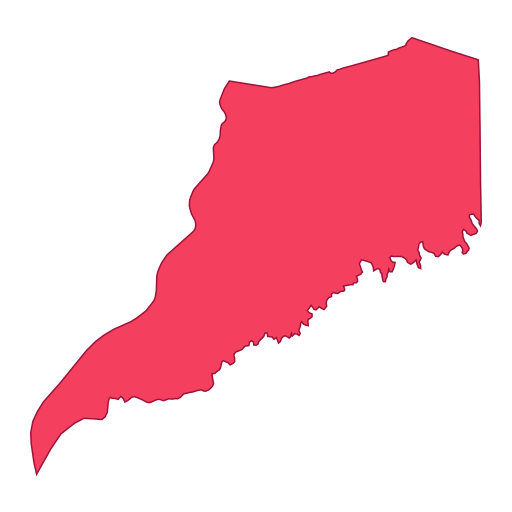 outline of Nova Olinda do Maranhão, Maranhão, Brazil
{"feature_id": "56859067B29640445258953", "entity_name": "Nova Olinda do Maranhão", "entity_type": "district", "adm_level": 2, "iso_a3": "BRA", "parent_name": "Brazil", "parent_adm1": "Maranhão", "projection": "robinson", "projection_center": [-45.942, -2.948], "detail": "fine", "context": "isolated", "style": "filled", "palette": "rose", "viewbox_px": 512, "rotation_deg": 0, "n_neighbors": 0, "source": "geoboundaries", "source_scale": "gbopen_adm2", "svg_char_len": 4571}
<svg xmlns="http://www.w3.org/2000/svg" viewBox="0 0 512 512"><path d="M480.5,225.7L481.3,222.3L480.5,180.2L480.5,177.2L480.3,159.0L480.1,137.2L480.0,122.9L479.9,120.8L479.5,83.0L478.3,59.8L451.8,51.3L411.9,37.7L409.7,39.5L407.9,41.1L406.3,43.5L405.6,45.7L403.5,46.5L398.2,48.3L396.7,49.4L394.5,49.6L391.1,50.8L388.4,52.1L388.3,54.9L386.5,55.9L377.4,58.5L348.3,66.7L345.7,67.4L343.6,67.9L339.5,69.4L337.2,69.9L335.0,72.1L332.9,73.1L330.9,73.3L329.3,71.9L319.8,74.5L317.4,75.5L314.4,76.0L311.6,76.7L309.2,76.8L306.5,78.2L298.1,80.5L295.2,81.3L288.6,83.6L283.8,84.8L279.4,86.3L273.2,87.5L271.0,87.7L262.5,86.3L259.8,85.9L254.2,85.0L229.3,81.0L224.4,88.7L220.1,99.6L219.6,102.5L220.1,105.0L221.7,108.7L224.3,112.0L225.6,114.6L226.4,117.8L225.7,120.2L224.3,122.0L222.4,123.5L221.3,125.3L220.4,130.1L220.1,135.9L219.3,138.7L217.4,142.1L214.4,144.8L213.3,148.0L213.9,157.9L213.7,160.1L213.2,162.2L209.4,170.9L207.9,173.6L194.3,188.9L192.9,191.5L190.4,197.6L189.6,200.8L189.3,205.4L190.0,208.9L191.6,214.1L195.1,220.5L195.7,224.0L195.6,226.5L195.0,228.8L193.4,231.4L166.9,255.0L161.6,262.9L159.3,267.9L157.6,272.3L156.8,276.2L156.3,291.2L155.1,297.9L153.8,300.8L150.4,305.3L145.6,311.2L137.1,317.7L131.2,321.5L113.7,329.3L103.7,335.3L95.7,341.4L86.6,350.4L61.2,381.7L59.4,383.8L43.5,401.8L37.6,411.2L32.9,421.2L30.7,432.6L31.2,443.5L33.9,462.3L36.6,474.3L50.6,449.2L60.9,433.9L74.4,423.3L83.9,418.3L92.9,418.8L102.0,419.5L105.3,416.6L106.3,414.4L107.3,412.2L107.9,406.1L108.1,402.4L109.0,399.1L110.4,397.3L112.1,398.3L114.9,398.4L118.1,399.4L120.8,396.4L123.2,398.5L124.9,402.0L127.3,400.8L129.5,399.2L132.0,397.1L134.5,396.7L137.0,397.5L141.9,399.6L146.0,401.8L148.6,402.6L150.9,402.3L155.5,400.1L157.8,399.4L159.7,399.4L163.5,400.7L166.0,399.8L168.7,398.8L172.3,399.1L175.3,398.6L177.5,398.8L180.3,397.4L183.7,393.9L189.6,392.5L192.6,392.0L197.8,390.4L201.3,389.8L203.6,391.0L205.5,391.2L208.9,389.8L210.5,388.4L212.6,386.0L213.6,383.5L212.9,380.1L212.3,376.6L211.9,373.8L214.8,373.4L217.2,371.3L219.4,369.7L220.5,367.9L221.1,364.8L221.9,361.9L223.4,360.6L226.3,362.1L228.4,362.9L230.1,364.9L233.1,363.3L234.7,361.7L234.6,357.9L233.8,355.5L234.4,353.7L236.0,351.9L238.6,351.0L240.8,350.0L242.3,349.2L245.2,346.0L246.9,345.9L248.9,345.5L249.5,342.2L251.4,340.7L253.4,341.9L253.7,345.0L256.2,345.2L258.0,344.0L258.8,341.5L263.8,336.4L265.0,333.0L267.2,332.8L267.7,336.5L269.9,336.7L272.1,336.9L274.0,339.3L276.5,337.6L277.8,341.2L278.5,343.1L280.4,341.5L281.5,338.3L283.6,336.2L285.5,335.9L287.7,336.9L289.1,338.1L290.6,336.8L291.4,333.6L292.3,336.0L294.7,333.7L296.9,334.0L299.0,335.5L300.2,333.5L298.7,329.9L299.7,328.2L300.4,325.7L300.7,323.4L301.7,321.7L303.7,324.3L305.7,325.1L308.2,325.7L308.0,322.7L307.9,319.7L310.6,318.1L312.2,316.4L312.0,313.9L309.0,312.7L307.3,310.5L309.2,308.1L311.1,305.3L312.7,307.3L314.2,309.4L315.9,309.9L317.6,308.4L319.3,306.7L321.7,308.6L324.1,309.5L326.7,306.2L326.2,303.1L326.7,300.3L328.9,297.5L331.5,296.6L331.4,294.1L333.6,292.5L335.2,293.2L337.8,293.5L339.4,292.3L340.9,291.4L343.9,291.1L344.8,289.3L343.4,286.1L345.9,285.6L348.8,285.0L351.1,284.6L352.8,284.8L353.7,282.8L356.3,282.8L357.6,281.3L357.4,278.8L356.4,276.4L358.0,275.5L360.8,274.1L362.5,272.0L361.3,269.7L360.4,266.5L359.3,263.8L360.6,261.5L361.6,259.8L364.1,260.5L369.3,262.0L371.5,263.1L373.3,267.4L373.6,270.9L377.2,268.6L379.9,269.2L380.4,272.4L381.9,273.9L382.0,276.1L382.6,279.5L383.4,281.6L385.4,281.7L385.9,279.0L387.0,277.0L387.2,274.5L388.3,271.8L388.8,269.0L390.0,271.8L392.1,271.8L393.4,269.0L394.5,265.4L395.1,262.4L392.6,262.2L391.1,260.6L389.7,257.6L391.3,256.0L394.0,256.6L396.8,256.4L399.3,256.5L401.7,256.5L405.4,258.6L406.8,260.3L407.5,262.4L410.8,264.2L413.7,262.3L416.1,259.9L417.0,264.1L418.4,267.6L420.7,268.6L420.5,265.2L419.1,262.0L420.3,260.0L421.1,258.1L419.4,254.7L419.1,252.3L417.7,250.2L418.5,247.4L418.9,244.1L420.6,242.1L422.7,241.8L423.3,246.2L424.4,248.8L428.7,251.7L431.3,252.2L434.1,253.4L435.6,256.3L438.2,256.7L440.5,254.7L442.3,252.2L444.4,254.1L447.9,255.0L448.9,252.7L449.8,251.0L451.5,249.7L454.2,248.3L456.4,246.3L459.4,245.0L460.8,246.2L462.0,247.7L462.8,250.1L462.2,252.5L463.4,254.0L466.0,253.3L467.2,251.5L468.7,250.0L469.1,248.1L467.9,245.8L466.5,243.3L464.9,241.8L464.0,239.7L462.9,236.6L462.9,234.5L462.3,231.9L463.4,229.3L465.8,230.7L467.1,233.4L469.2,234.3L470.7,235.3L474.2,234.1L476.1,233.5L477.5,231.2L476.4,228.7L473.9,225.8L472.3,223.8L470.8,219.5L469.2,217.0L469.5,214.9L471.1,214.2L473.6,214.1L475.8,217.4L477.5,219.1L479.2,220.5L479.2,223.6L480.5,225.7Z" fill="#f43f5e" stroke="#9f1239" stroke-width="1.5"/></svg>